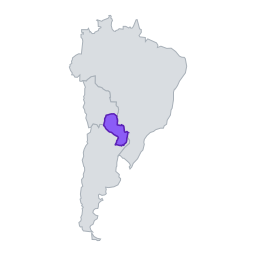 map of Paraguay with Argentina, Brazil and Bolivia greyed out
{"feature_id": "PRY", "entity_name": "Paraguay", "entity_type": "country or territory", "adm_level": 0, "iso_a3": "PRY", "parent_name": "South America", "parent_adm1": "", "projection": "equal_earth", "projection_center": [-57.583, -23.42], "detail": "fine", "context": "with_neighbors", "style": "filled", "palette": "violet", "viewbox_px": 256, "rotation_deg": 0, "n_neighbors": 3, "source": "natural_earth", "source_scale": "50m", "svg_char_len": 6747}
<svg xmlns="http://www.w3.org/2000/svg" viewBox="0 0 256 256"><path d="M91.6,232.8L94.0,236.5L97.2,238.3L100.6,239.0L99.6,240.5L97.3,240.6L96.1,239.6L92.1,239.5L91.6,232.8ZM118.2,155.8L116.8,162.6L116.8,166.3L116.2,167.1L115.8,171.4L119.3,174.5L118.9,177.0L120.6,178.6L120.5,180.3L117.9,184.9L113.9,186.8L108.6,187.6L105.6,187.2L106.2,189.3L105.7,191.9L106.3,193.7L104.7,194.9L102.0,195.4L99.4,194.1L98.4,195.0L98.9,198.5L100.7,199.5L102.1,198.4L103.0,200.2L100.6,201.2L98.6,203.4L98.3,206.8L97.8,208.5L95.4,208.6L93.4,210.3L92.9,212.7L95.5,215.1L97.9,215.8L97.2,218.7L94.4,220.5L93.0,224.3L90.8,225.5L89.9,227.0L90.9,230.2L92.7,232.0L83.4,230.9L82.2,229.1L82.1,226.8L80.4,227.0L79.5,225.9L78.9,222.5L80.7,221.1L81.3,219.1L80.8,217.4L82.0,214.7L82.5,210.3L82.1,208.3L83.2,207.7L82.8,206.4L81.6,205.8L82.3,204.3L81.0,203.1L80.1,199.1L81.1,198.4L80.4,194.2L81.3,187.5L82.8,186.2L81.8,182.8L81.6,179.5L83.5,177.1L83.3,174.1L84.7,170.5L84.5,167.2L83.8,166.5L82.2,160.1L83.7,156.3L83.3,152.6L84.2,149.2L85.9,145.7L87.8,143.3L86.9,141.8L87.5,140.6L87.2,134.2L90.3,132.3L91.2,128.3L90.8,127.3L93.1,123.8L97.0,124.7L98.7,127.5L99.8,124.4L103.1,124.6L108.9,131.7L111.3,132.3L114.8,135.2L117.8,136.7L118.2,138.4L115.4,144.2L121.5,145.8L123.7,145.2L126.3,142.3L126.8,138.9L128.2,138.1L129.6,140.4L129.5,143.4L125.2,147.0L118.2,155.8Z" fill="#d9dde1" stroke="#a8b0b8" stroke-width="1"/><path d="M130.0,169.0L129.2,166.9L130.5,165.2L128.9,162.6L123.9,158.2L122.9,158.3L120.1,155.4L118.2,155.8L125.2,147.0L129.5,143.4L129.6,140.4L128.2,138.1L126.8,138.9L127.8,134.4L127.8,132.3L126.8,131.6L125.7,132.2L124.6,132.0L124.1,127.0L123.5,125.8L121.6,124.8L120.4,125.5L117.3,124.8L117.5,119.5L116.6,117.3L117.6,116.5L117.3,114.3L118.1,112.6L118.6,109.5L117.9,107.0L116.3,105.9L116.0,104.4L116.4,102.1L110.8,101.9L109.6,97.3L110.5,97.2L109.7,92.0L108.0,90.9L106.1,90.9L102.9,88.9L101.7,87.5L98.3,86.8L95.1,83.2L95.2,76.0L91.3,76.7L87.2,79.8L86.5,81.0L82.8,80.7L81.1,81.4L79.7,81.0L79.9,74.9L77.4,77.3L74.8,77.1L73.6,75.0L71.7,74.8L72.3,73.0L70.6,70.6L69.3,67.0L70.1,66.2L70.0,64.5L71.8,63.4L71.5,61.2L72.3,59.8L72.5,57.9L75.9,55.2L78.7,53.8L81.4,54.0L82.8,41.1L82.3,38.8L81.0,37.3L81.0,34.4L82.7,33.7L83.3,34.1L83.4,32.6L81.6,32.2L81.6,29.6L87.5,29.7L88.5,28.3L89.9,32.0L90.4,31.5L92.1,33.6L94.4,33.4L95.0,32.1L98.5,30.5L98.8,28.8L101.0,27.7L100.8,26.8L98.3,26.5L98.0,21.2L96.6,20.2L97.2,19.8L101.8,21.3L102.7,20.4L108.2,18.2L109.3,16.7L108.9,15.5L110.5,15.4L111.2,16.3L110.8,18.1L111.8,18.7L112.5,20.6L111.6,22.0L111.2,25.4L112.2,29.3L114.0,31.2L115.5,31.4L115.8,30.6L118.1,29.8L119.1,28.7L123.1,29.2L123.2,26.4L125.8,26.4L128.8,28.0L129.8,27.0L130.4,27.1L130.9,28.3L132.3,28.0L133.4,26.4L136.1,19.8L137.1,19.6L139.6,28.9L141.2,29.5L141.3,32.3L139.0,35.7L140.0,36.9L145.3,37.5L145.4,41.6L147.7,38.9L156.4,42.8L157.9,45.2L157.4,47.5L160.9,46.2L166.7,48.4L171.2,48.2L175.6,51.5L179.4,56.1L181.7,57.2L184.3,57.4L185.3,58.7L186.7,66.2L185.4,72.9L179.5,81.1L177.5,85.6L175.2,89.1L174.4,89.2L173.5,92.1L173.5,99.6L172.1,108.3L171.1,109.8L170.4,115.1L167.2,120.2L166.6,124.2L164.2,125.9L163.4,128.2L160.3,128.2L155.7,129.7L153.6,131.4L150.3,132.5L146.9,135.6L144.3,139.4L143.8,142.3L144.3,144.4L142.9,150.0L140.9,152.1L137.6,158.7L133.2,163.4L131.8,166.9L130.0,169.0Z" fill="#d9dde1" stroke="#a8b0b8" stroke-width="1"/><path d="M82.8,80.7L86.5,81.0L87.2,79.8L91.3,76.7L95.2,76.0L95.1,83.2L98.3,86.8L101.7,87.5L102.9,88.9L106.1,90.9L108.0,90.9L109.7,92.0L110.5,97.2L109.6,97.3L110.8,101.9L116.4,102.1L116.0,104.4L116.3,105.9L117.9,107.0L118.6,109.5L118.1,112.6L117.3,114.3L117.6,116.5L116.6,117.3L116.6,116.1L113.9,114.1L111.2,114.1L106.1,115.2L104.7,118.7L104.7,120.8L103.6,125.4L103.1,124.6L99.8,124.4L98.7,127.5L97.0,124.7L93.1,123.8L90.8,127.3L88.7,127.8L87.5,122.5L85.8,118.1L86.6,114.3L85.0,112.6L84.6,109.8L83.1,107.1L84.8,102.9L83.5,99.5L84.2,98.2L83.6,96.7L84.7,94.7L84.8,88.5L85.4,87.2L82.8,80.7Z" fill="#d9dde1" stroke="#a8b0b8" stroke-width="1"/><path d="M116.7,117.3L116.7,117.6L116.8,117.8L117.0,118.2L117.1,118.3L117.1,118.5L117.1,119.0L117.2,119.3L117.4,119.3L117.4,119.6L117.4,119.8L117.5,119.9L117.4,120.1L117.5,120.2L117.6,120.5L117.6,121.1L117.5,121.4L117.5,121.6L117.4,121.7L117.5,121.9L117.4,122.2L117.3,122.5L117.3,122.9L117.4,123.1L117.4,123.3L117.3,123.5L117.3,123.9L117.3,124.1L117.2,124.3L117.2,124.5L117.3,124.9L117.5,125.0L117.8,124.9L118.2,125.0L118.4,125.2L118.7,125.2L118.9,125.2L119.1,125.3L119.3,125.2L119.6,125.3L119.9,125.4L120.2,125.5L120.5,125.5L120.9,125.3L121.1,125.4L121.3,125.2L121.4,124.8L121.6,124.7L121.8,124.8L121.9,125.1L122.1,125.3L122.2,125.5L122.4,125.5L122.7,125.6L123.0,125.5L123.4,125.6L123.5,125.8L123.6,126.0L123.7,126.4L123.8,126.7L123.9,126.9L124.0,127.1L124.0,127.3L123.9,127.6L123.9,127.9L124.0,128.2L124.0,128.4L124.1,128.7L124.2,128.9L124.2,129.3L124.2,129.6L124.3,129.7L124.3,129.9L124.3,130.1L124.2,130.4L124.2,130.6L124.3,130.8L124.5,131.0L124.5,131.4L124.5,131.7L124.6,132.0L125.0,132.2L125.2,132.3L125.5,132.2L125.8,132.1L126.0,132.0L126.3,131.8L126.6,131.6L126.9,131.5L127.1,131.6L127.4,131.8L127.6,132.1L128.0,132.4L127.9,132.4L127.7,132.7L127.7,133.0L127.8,133.4L127.7,134.2L127.4,135.5L127.3,136.3L127.4,136.5L127.3,136.9L126.9,137.7L126.8,138.3L126.8,139.9L126.6,141.1L126.4,141.9L126.2,142.4L125.9,142.6L125.8,142.8L125.7,143.0L125.3,143.3L125.1,143.5L124.7,143.6L124.4,144.0L124.1,144.3L124.0,144.5L124.0,144.8L123.9,145.0L123.7,145.3L123.4,145.3L123.2,145.1L123.0,144.9L122.7,144.9L122.4,144.9L122.2,145.1L122.0,145.4L121.8,145.7L121.6,145.8L121.4,145.5L121.1,145.5L120.8,145.6L120.6,145.5L120.4,145.4L120.1,145.3L119.7,145.5L118.9,145.3L117.7,144.9L116.7,144.7L115.4,144.9L115.3,144.4L115.4,144.2L115.6,144.0L115.7,143.8L115.8,143.6L115.9,143.4L116.1,143.3L116.2,143.1L116.3,142.9L116.5,142.7L116.5,142.4L116.6,142.1L116.6,141.7L116.6,141.3L116.6,141.1L116.7,140.9L116.8,140.8L116.8,140.7L116.9,140.4L117.3,140.1L117.5,139.9L117.5,139.7L117.8,139.0L117.8,138.8L117.9,138.7L118.2,138.3L118.4,138.1L118.4,137.9L118.3,137.6L118.2,137.3L117.7,136.6L117.3,136.2L116.8,136.0L116.4,135.9L116.3,136.0L116.1,135.9L115.9,135.6L115.7,135.4L115.1,135.2L113.7,134.4L113.2,133.9L113.0,133.7L112.5,133.2L111.7,132.6L111.1,132.2L110.6,132.2L109.9,132.1L109.0,131.6L108.4,131.3L108.3,130.9L107.9,130.5L107.3,130.1L107.0,129.8L107.0,129.7L106.8,129.6L106.5,129.4L106.2,129.0L105.8,128.6L105.4,127.8L104.9,126.8L104.5,126.2L104.0,125.8L103.7,125.6L103.7,125.4L103.7,125.2L103.9,124.4L104.1,123.3L104.4,122.2L104.7,120.8L104.7,119.9L104.7,118.8L105.1,118.0L105.4,117.4L105.7,116.9L106.0,115.9L106.2,115.3L106.9,115.1L108.1,114.8L108.7,114.6L110.0,114.2L111.3,113.9L112.6,113.9L113.9,113.8L115.0,114.6L115.7,115.3L116.6,115.9L116.7,116.1L116.7,116.6L116.7,117.3Z" fill="#8b5cf6" stroke="#5b21b6" stroke-width="1.5"/></svg>